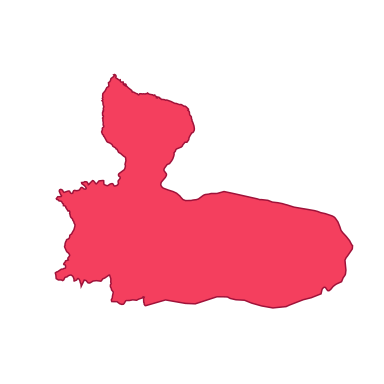 outline of Tabaporã, Mato Grosso, Brazil, rotated 350°
{"feature_id": "56859067B70789515296614", "entity_name": "Tabaporã", "entity_type": "district", "adm_level": 2, "iso_a3": "BRA", "parent_name": "Brazil", "parent_adm1": "Mato Grosso", "projection": "mercator", "projection_center": [-56.642, -11.068], "detail": "fine", "context": "isolated", "style": "filled", "palette": "rose", "viewbox_px": 384, "rotation_deg": 350, "n_neighbors": 0, "source": "geoboundaries", "source_scale": "gbopen_adm2", "svg_char_len": 5903}
<svg xmlns="http://www.w3.org/2000/svg" viewBox="0 0 384 384"><g transform="rotate(350 192 192)"><path d="M136.1,62.8L135.2,63.0L135.7,63.8L135.0,64.6L131.9,66.2L131.0,68.2L129.9,69.3L128.7,69.8L128.5,73.0L128.2,73.6L126.2,74.4L124.0,77.3L121.3,79.6L120.6,82.0L120.7,83.2L119.9,84.2L120.3,85.3L119.9,86.1L119.2,86.4L119.8,87.5L119.9,89.0L119.6,89.6L119.6,90.4L120.0,92.8L119.2,94.1L119.0,95.0L119.2,95.8L118.9,96.5L118.3,96.8L118.6,97.5L118.0,97.8L117.6,98.4L117.3,101.1L117.9,101.7L117.8,102.5L116.7,103.7L117.1,104.5L116.7,105.5L116.6,107.1L116.7,108.1L116.1,110.6L116.5,111.3L116.5,112.0L116.3,112.6L115.0,113.3L114.6,114.1L114.6,115.0L113.4,117.1L113.9,119.8L114.7,120.7L114.7,121.7L115.2,122.4L116.9,127.5L117.6,128.3L119.5,129.4L121.2,131.0L121.6,131.7L122.0,133.2L124.4,135.3L124.7,136.4L125.6,136.9L126.6,140.2L128.4,141.7L130.9,144.8L132.4,146.2L132.6,147.1L132.4,147.9L132.4,149.5L130.8,153.2L131.0,154.3L130.8,155.3L130.0,157.1L129.1,158.3L123.5,161.1L122.8,161.7L122.5,162.5L122.6,163.3L122.9,163.9L123.7,164.7L123.8,165.5L123.6,166.1L121.3,168.1L121.0,169.0L121.0,170.9L120.4,171.7L119.5,172.4L117.9,172.7L116.9,172.7L116.2,172.2L115.7,170.6L115.2,170.0L114.6,169.8L112.9,169.9L110.2,171.1L109.4,171.0L108.0,170.3L106.9,169.4L106.6,168.7L107.0,165.5L106.4,165.2L102.4,164.9L99.3,167.4L98.6,167.1L97.8,165.3L96.8,163.8L96.0,163.5L92.7,165.8L92.0,166.6L91.2,166.8L91.2,165.9L90.2,163.8L88.3,163.2L86.8,163.7L84.9,163.5L84.9,164.6L87.3,167.2L88.4,169.3L88.4,170.2L87.9,170.6L87.1,170.6L86.1,170.1L84.8,168.6L83.8,168.3L83.1,168.7L81.7,170.3L80.6,170.7L78.6,170.7L76.6,170.0L75.7,170.2L75.1,170.9L74.3,172.4L73.4,172.6L72.5,172.2L72.0,171.4L71.6,170.0L71.0,169.6L69.7,169.6L65.9,170.2L65.3,169.4L64.8,167.8L64.0,167.0L63.0,166.6L62.0,166.9L61.6,167.5L61.4,168.4L62.2,171.6L62.9,173.1L62.4,173.7L61.5,173.7L59.0,173.3L57.2,175.0L57.5,175.8L58.9,176.5L59.1,177.2L59.6,177.7L61.4,178.3L62.0,179.0L62.6,180.8L63.3,181.4L63.0,183.1L63.9,183.3L65.1,184.3L65.0,185.3L66.7,189.3L67.4,189.1L68.0,189.4L68.2,190.2L68.1,191.4L67.7,192.0L68.1,193.3L67.9,194.3L68.3,195.9L69.6,197.8L69.7,199.1L70.4,200.6L70.5,202.2L71.1,203.9L70.7,205.4L69.2,208.6L66.8,211.4L66.5,212.0L65.9,212.6L65.0,212.8L64.1,213.5L63.6,215.3L62.9,216.3L62.0,216.8L60.7,217.0L60.0,217.5L59.8,218.1L58.8,219.3L57.9,221.2L57.7,222.6L57.1,223.2L57.0,224.0L58.0,228.1L58.5,229.3L59.7,230.6L60.5,232.3L60.5,233.3L59.8,234.2L58.4,235.4L58.1,236.4L58.4,237.4L55.5,237.9L55.0,238.8L53.7,239.9L53.1,240.7L53.3,241.3L54.1,241.6L54.6,242.1L54.6,243.4L54.3,244.7L53.7,245.1L52.7,245.0L51.2,245.5L49.9,245.3L45.7,247.2L44.8,247.2L43.3,248.0L43.5,250.1L43.2,253.7L45.1,255.4L48.0,255.9L49.3,256.8L50.5,256.2L51.9,254.2L52.6,253.9L54.1,253.9L55.9,252.9L56.5,252.8L58.1,252.7L58.7,252.9L59.8,254.1L60.2,254.9L60.7,257.2L60.4,258.6L60.5,259.2L63.0,258.7L64.3,257.4L65.0,257.5L65.7,258.4L66.2,260.0L66.3,262.1L66.7,263.0L66.5,265.7L70.6,260.0L72.3,260.8L73.8,263.4L74.9,263.8L75.8,263.8L79.2,262.5L82.5,262.7L86.8,264.0L87.5,263.6L88.9,262.1L91.3,261.5L95.6,259.5L96.4,259.5L97.0,263.3L96.6,265.6L96.3,266.5L96.5,268.2L95.5,269.3L95.2,271.1L95.7,272.7L95.8,274.5L96.9,276.4L97.0,277.3L95.6,280.6L95.0,282.7L93.9,284.0L93.8,285.1L94.0,286.0L99.1,287.0L101.4,289.5L103.3,290.5L104.9,290.6L105.8,290.0L107.8,287.7L108.6,287.5L111.6,288.0L114.9,287.9L118.7,289.0L120.6,288.3L124.5,287.7L125.1,287.4L125.7,286.7L126.7,287.3L125.8,288.4L125.3,292.2L125.6,292.8L125.4,294.1L126.0,295.6L126.6,295.9L147.2,293.7L166.3,300.6L175.8,302.7L198.4,299.5L204.9,300.7L208.7,301.5L211.2,303.5L216.4,305.7L224.9,307.7L231.5,311.8L240.8,316.3L251.5,320.2L264.8,321.2L268.2,320.3L282.9,317.4L291.1,316.8L301.4,314.7L303.0,310.9L303.6,309.9L305.1,308.9L305.8,308.8L306.5,309.0L307.0,309.5L308.0,311.8L308.7,312.8L309.8,313.0L311.6,312.1L314.6,309.5L317.1,308.2L318.3,307.7L323.7,306.3L325.9,302.8L328.2,300.5L328.9,299.4L330.0,295.7L330.8,285.7L332.4,283.4L333.9,282.1L339.8,276.1L340.1,275.5L340.8,272.7L340.1,271.6L338.7,267.2L336.2,262.6L333.3,258.1L332.1,255.7L331.5,251.6L330.5,246.8L328.5,242.5L327.5,241.2L326.5,240.4L325.7,239.8L319.4,236.4L315.2,234.7L312.2,232.9L309.4,231.6L289.8,224.6L283.1,221.1L282.3,220.8L278.9,219.1L274.5,217.4L269.4,215.9L265.3,213.4L259.3,211.6L257.4,211.3L254.9,210.0L232.1,200.5L223.6,197.1L216.4,197.8L210.5,196.8L208.0,197.0L204.7,196.8L203.4,197.0L202.3,197.4L197.1,200.0L194.9,200.3L191.6,200.1L189.7,200.2L184.1,199.3L181.8,197.9L180.1,195.3L179.4,193.9L176.6,190.5L173.5,188.3L168.9,185.9L164.5,183.3L163.4,182.1L162.6,180.3L162.5,179.3L163.2,177.4L163.8,176.7L168.3,173.0L169.6,171.3L169.9,170.4L169.9,169.6L168.2,166.2L168.1,165.4L168.9,163.9L172.3,160.6L174.8,160.1L177.4,157.7L178.9,155.9L180.4,153.2L180.9,151.9L181.1,150.3L182.7,148.9L183.5,147.4L184.4,146.9L189.4,145.8L190.6,144.9L191.0,144.1L193.7,141.8L195.7,142.1L197.9,139.9L198.5,138.0L200.0,136.0L202.0,133.8L203.0,133.6L203.8,133.1L204.9,131.6L205.3,130.2L205.4,127.3L204.8,123.2L204.4,122.3L204.5,120.8L204.2,119.6L204.4,118.0L204.1,117.2L203.2,115.7L203.1,115.0L203.3,113.0L203.1,112.0L202.2,110.8L202.8,110.5L202.9,109.8L201.1,107.2L200.0,106.2L199.1,106.2L196.9,104.2L196.3,103.9L194.7,103.7L191.6,101.9L190.7,101.9L187.0,99.2L183.1,97.0L182.1,97.1L181.0,96.3L179.1,95.7L178.3,95.7L177.6,95.1L177.3,94.3L176.5,94.1L176.1,93.1L175.2,92.7L174.4,92.4L174.2,93.3L173.3,93.0L173.6,92.0L172.2,90.7L172.1,90.0L170.8,90.3L170.3,89.5L166.9,88.3L165.4,86.8L164.8,87.4L163.9,87.1L163.1,87.4L161.0,86.8L160.3,86.9L158.7,86.3L157.4,86.2L156.7,87.0L156.0,87.0L155.2,85.8L154.1,85.3L151.9,83.5L150.5,83.1L150.3,81.6L147.0,77.9L146.2,76.6L145.4,76.3L144.8,75.8L145.7,75.4L145.7,74.6L144.8,73.9L144.1,73.9L143.7,74.7L143.2,74.3L143.1,73.2L143.4,72.3L143.2,71.6L142.1,71.7L141.2,71.3L140.7,70.2L140.8,69.2L140.0,69.5L139.4,68.6L138.4,68.0L138.1,67.4L137.2,66.8L136.8,65.9L137.3,65.1L137.3,64.2L137.0,63.5L136.1,62.8Z" fill="#f43f5e" stroke="#9f1239" stroke-width="1.5"/></g></svg>